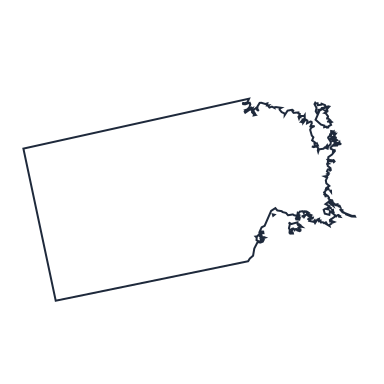 the Territory of Northern Territory, rotated 78°
{"feature_id": "AUS-2650", "entity_name": "Northern Territory", "entity_type": "Territory", "adm_level": 1, "iso_a3": "AUS", "parent_name": "Australia", "parent_adm1": "", "projection": "natural_earth1", "projection_center": [133.869, -18.484], "detail": "fine", "context": "isolated", "style": "outline", "palette": "slate", "viewbox_px": 384, "rotation_deg": 78, "n_neighbors": 0, "source": "natural_earth", "source_scale": "10m", "svg_char_len": 5808}
<svg xmlns="http://www.w3.org/2000/svg" viewBox="0 0 384 384"><g transform="rotate(78 192 192)"><path d="M112.6,116.8L115.9,119.2L116.1,122.0L115.3,124.2L116.5,123.1L116.4,124.5L117.3,121.8L116.6,116.2L117.2,117.3L118.3,116.7L121.0,118.2L122.7,120.7L123.0,123.1L124.3,122.4L124.6,123.7L125.5,123.4L123.4,118.4L124.1,116.1L126.5,116.7L129.1,115.1L129.9,115.6L129.9,113.6L126.7,115.8L126.1,115.8L126.7,114.7L125.4,115.2L124.4,114.5L123.0,111.6L125.2,111.2L126.5,109.9L124.4,110.8L122.0,110.2L118.9,107.3L119.1,105.7L121.2,101.9L121.0,99.9L122.9,100.8L123.2,98.8L123.7,99.6L125.5,98.7L125.1,96.1L126.9,93.9L126.3,93.9L126.4,92.2L128.2,87.2L128.6,88.8L129.6,89.2L132.5,87.7L134.6,84.9L136.0,85.3L132.3,81.6L132.4,76.9L133.3,76.1L134.1,77.0L135.7,76.2L136.3,71.4L137.2,71.6L138.0,70.4L139.2,71.0L139.0,69.8L140.5,72.2L142.3,72.0L140.0,70.5L141.0,70.0L140.3,69.5L141.0,66.5L140.3,65.8L143.9,66.5L144.1,69.6L144.4,68.6L146.0,70.7L146.2,69.9L147.2,70.4L145.5,68.1L147.2,68.6L145.7,66.8L144.7,66.7L144.7,65.8L146.1,64.3L148.7,65.2L147.7,61.4L148.2,60.5L149.6,60.5L152.3,62.4L153.0,58.4L153.9,62.0L155.7,63.5L161.7,63.1L163.7,61.9L166.5,63.8L169.9,60.7L170.4,62.2L172.2,62.0L173.0,63.8L172.4,65.3L173.4,63.7L173.3,60.7L175.5,59.4L177.5,60.3L178.9,60.2L176.7,58.9L177.0,54.3L176.0,53.0L177.8,50.3L175.7,49.4L174.2,46.6L172.0,45.8L167.3,47.6L166.2,46.8L166.2,45.5L164.5,45.0L165.0,44.1L161.3,43.2L161.7,42.2L162.6,42.5L162.2,41.0L163.1,41.4L163.4,40.4L164.4,42.0L165.1,41.5L165.1,39.5L167.0,41.5L167.5,41.1L167.3,43.7L167.9,43.1L168.5,45.2L169.1,45.3L168.8,44.1L169.6,44.1L168.8,43.1L168.3,39.4L170.5,42.4L170.4,40.2L171.5,39.3L172.2,42.7L173.3,41.2L173.9,41.6L177.4,47.3L178.5,47.3L180.2,45.1L181.3,45.5L180.8,43.8L181.6,43.7L184.5,47.3L186.2,51.4L187.8,51.9L189.3,51.0L188.9,52.5L190.4,51.8L190.4,52.7L191.7,53.2L192.6,52.3L192.6,54.7L193.1,53.6L194.8,53.8L197.4,51.6L199.4,51.7L199.8,52.5L198.2,53.5L198.2,54.5L199.9,55.7L201.9,54.3L202.5,56.0L203.4,55.0L204.4,56.4L204.3,59.1L206.0,56.8L208.5,58.7L211.5,58.8L214.6,56.4L216.2,60.1L218.1,60.5L219.9,62.9L221.3,62.5L222.5,63.7L221.7,62.2L224.8,62.4L222.6,61.4L224.4,59.8L226.0,59.2L226.8,59.8L228.2,58.8L229.1,59.5L231.3,57.9L229.0,58.7L228.7,58.0L229.3,56.6L231.8,56.3L234.2,54.3L234.2,52.4L235.3,52.9L234.7,54.4L231.4,57.5L234.9,56.8L230.2,60.9L231.6,63.9L234.3,60.6L234.8,61.3L237.3,58.8L235.2,61.9L235.9,63.0L237.4,62.3L236.1,65.0L236.8,66.9L240.8,66.6L242.9,62.4L239.5,61.0L246.4,55.2L244.7,57.2L245.8,57.3L248.1,62.9L249.6,63.0L249.7,62.2L248.4,61.7L249.9,60.9L251.9,62.1L252.8,64.7L253.8,64.6L250.0,68.7L250.6,66.9L249.5,67.3L249.9,69.4L248.8,70.2L248.6,72.2L247.1,72.3L247.2,74.7L246.3,72.9L245.8,74.1L244.7,73.5L245.0,75.1L248.0,78.1L246.6,78.5L246.2,77.4L245.1,77.7L246.4,79.4L244.7,83.2L244.2,82.7L242.0,84.5L243.2,82.8L242.9,79.5L242.2,79.1L241.8,81.5L240.8,80.9L240.7,82.3L239.1,83.6L239.0,80.7L237.3,82.9L237.3,84.6L236.5,82.6L235.6,84.1L235.3,83.5L234.8,84.1L234.3,85.8L235.8,87.0L233.8,87.6L233.6,90.6L235.0,92.1L234.3,92.9L235.8,93.5L237.0,91.7L237.7,91.9L236.1,96.8L234.9,98.0L234.7,102.9L232.0,104.4L230.4,107.7L229.4,108.2L227.8,112.4L225.1,113.8L226.9,118.5L240.2,128.0L241.0,131.2L245.5,134.5L246.7,134.3L248.9,137.4L248.8,139.0L250.1,138.2L252.5,138.9L253.7,137.5L260.2,142.8L267.0,145.5L269.1,149.3L271.4,151.5L270.0,347.9L114.5,347.9L112.6,116.8ZM157.2,45.3L157.1,46.6L156.1,47.0L156.1,49.2L154.6,48.7L152.9,51.8L147.0,56.1L138.8,50.2L136.5,41.0L137.0,40.0L139.1,42.9L140.4,42.7L140.0,45.0L141.6,43.6L142.3,45.8L142.8,44.8L146.3,43.2L147.8,44.0L148.1,45.3L148.6,43.3L150.4,42.0L151.6,45.1L151.3,41.9L152.6,40.7L153.0,42.5L155.3,42.0L156.1,44.9L157.2,45.3ZM253.6,101.9L253.1,104.6L252.2,105.1L249.2,104.2L247.6,104.7L243.8,102.9L242.0,103.6L244.0,101.4L243.6,95.1L245.4,95.4L245.7,94.4L246.8,95.0L247.4,94.2L246.4,92.4L247.3,93.0L249.0,91.6L248.3,93.6L249.1,94.0L249.2,95.5L250.7,95.8L251.2,93.7L252.3,93.9L252.7,94.8L251.4,97.1L249.9,97.7L249.8,98.8L250.6,99.5L248.8,100.4L248.7,101.5L249.3,102.8L250.2,102.0L251.9,103.2L252.5,101.9L253.6,101.9ZM137.9,51.3L141.0,52.3L141.1,53.4L138.8,54.2L135.7,52.7L131.5,53.9L130.3,52.9L131.2,52.4L131.3,50.7L133.3,50.8L133.5,47.3L132.6,46.9L134.7,43.8L136.1,43.4L137.1,45.8L136.8,47.5L138.2,49.0L137.9,51.3ZM174.1,40.1L174.5,38.6L173.7,37.4L175.2,37.5L176.1,36.1L175.8,40.0L176.7,40.4L176.1,43.9L174.1,40.1ZM255.3,133.1L255.7,135.6L255.1,137.1L253.5,134.3L252.7,134.5L253.8,131.9L255.3,133.1ZM250.0,37.6L249.1,41.1L245.9,46.0L244.9,46.1L248.6,40.5L249.2,37.8L250.0,37.6ZM241.4,92.8L240.5,95.7L239.8,95.8L239.4,94.0L239.1,95.5L238.4,95.1L238.3,93.1L239.2,93.5L239.8,92.0L241.4,92.8ZM242.1,49.3L244.9,46.3L243.1,49.0L239.5,51.0L241.1,48.6L242.1,49.3ZM247.1,130.7L246.6,132.7L245.0,132.6L245.5,130.6L247.1,130.7ZM176.5,50.2L176.8,51.1L175.8,51.7L174.5,50.2L176.5,50.2ZM240.7,58.0L242.0,57.2L241.2,58.3L238.7,58.7L238.7,57.8L240.7,58.0ZM248.0,133.3L248.8,134.1L247.9,135.7L247.1,134.4L248.0,133.3ZM250.3,132.9L250.9,133.7L250.0,133.5L250.2,134.5L249.1,135.0L249.1,133.0L250.3,132.9ZM238.8,89.8L238.0,85.6L239.9,87.7L239.1,88.0L238.8,89.8ZM121.5,115.4L123.0,117.2L123.1,118.8L121.5,115.4ZM189.6,49.6L191.8,49.2L189.6,50.5L189.6,49.6ZM235.6,51.4L236.1,50.5L237.4,50.2L236.5,51.5L235.6,51.4ZM252.0,131.7L251.2,132.7L251.1,131.0L251.8,129.9L252.0,131.7ZM191.7,46.2L192.3,47.2L190.2,48.1L190.2,46.9L191.7,46.2ZM231.4,116.1L232.1,117.5L230.7,117.6L231.4,116.1ZM216.1,58.3L217.4,58.9L217.0,59.9L216.1,58.3ZM171.5,59.5L172.8,59.2L172.7,60.2L171.5,59.5ZM247.1,52.2L246.7,53.3L245.6,53.2L245.8,52.9L247.1,52.2ZM123.5,115.9L123.4,116.8L122.9,115.5L123.5,115.9ZM217.9,57.8L217.7,58.6L217.0,57.9L217.9,57.8ZM220.8,56.0L219.7,56.5L219.5,56.3L219.6,55.8L220.8,56.0ZM245.0,55.2L244.9,53.6L245.2,53.3L245.0,55.2ZM250.9,59.1L251.1,60.2L250.9,60.3L250.5,59.7L250.9,59.1Z" fill="none" stroke="#1e293b" stroke-width="2"/></g></svg>